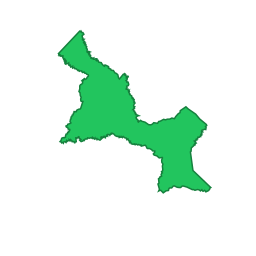 Ou Reang, Môndól Kiri, Cambodia, rotated 43°
{"feature_id": "14789045B75407950785126", "entity_name": "Ou Reang", "entity_type": "district", "adm_level": 2, "iso_a3": "KHM", "parent_name": "Cambodia", "parent_adm1": "Môndól Kiri", "projection": "mercator", "projection_center": [107.115, 12.328], "detail": "fine", "context": "isolated", "style": "filled", "palette": "green", "viewbox_px": 256, "rotation_deg": 43, "n_neighbors": 0, "source": "geoboundaries", "source_scale": "gbopen_adm2", "svg_char_len": 5814}
<svg xmlns="http://www.w3.org/2000/svg" viewBox="0 0 256 256"><g transform="rotate(43 128 128)"><path d="M87.6,184.3L88.9,183.8L89.7,184.1L90.0,183.2L91.1,183.2L90.5,182.3L91.2,180.9L92.5,180.9L91.8,179.1L92.6,179.4L92.7,178.2L93.7,177.4L92.9,176.7L93.7,176.6L93.6,175.7L94.3,175.6L94.7,176.6L95.8,175.6L96.5,176.1L97.8,174.8L98.9,175.3L99.2,175.1L98.9,174.4L99.5,173.3L96.6,170.9L97.7,170.4L97.3,169.9L98.0,169.1L97.7,168.2L98.3,167.9L99.6,169.0L100.4,168.5L101.4,168.5L101.1,169.9L103.0,169.9L103.9,168.2L103.7,167.1L104.5,167.0L104.2,165.1L105.6,164.0L105.2,162.7L106.6,162.0L107.3,160.7L108.0,160.4L108.2,159.0L108.9,159.0L108.5,159.5L109.2,159.9L109.9,159.0L110.9,159.0L110.7,157.8L111.5,158.3L112.4,156.9L113.3,157.7L114.1,156.5L115.8,156.0L116.0,154.0L115.6,154.2L114.9,153.6L115.6,153.4L115.9,152.5L115.2,152.3L116.7,151.5L115.9,150.8L116.3,150.2L117.7,150.3L117.4,150.0L117.9,149.0L117.3,147.9L118.6,147.8L117.6,146.5L118.9,145.5L119.7,145.7L119.5,144.7L120.0,143.8L119.3,143.5L119.6,142.9L120.3,143.1L120.5,142.4L121.5,142.1L123.9,142.3L125.9,141.6L126.2,140.9L126.9,140.9L127.4,140.1L128.1,140.9L128.8,139.8L128.7,138.9L129.6,139.1L130.0,138.4L130.4,138.6L130.3,137.5L132.3,137.4L133.5,136.6L134.8,137.2L134.7,136.6L135.3,136.1L135.6,136.8L136.1,136.4L137.3,136.7L138.5,136.2L138.3,137.1L138.8,137.4L139.0,136.7L139.6,137.4L140.3,136.8L141.2,137.3L142.9,136.4L143.2,135.7L144.2,135.5L144.0,135.1L144.8,135.0L144.9,134.2L146.8,133.7L147.0,132.8L148.3,132.4L148.8,131.8L149.3,132.1L149.5,131.6L150.2,132.0L152.2,128.9L153.6,128.9L155.5,129.8L156.7,129.5L157.2,128.7L158.4,128.1L160.4,127.7L161.5,128.0L163.3,126.6L164.1,127.6L164.2,129.7L165.5,130.0L168.1,128.7L171.2,128.6L173.1,126.2L173.6,126.4L174.5,128.5L176.1,130.0L178.2,130.6L179.1,132.4L181.6,134.5L182.5,135.8L182.3,137.1L183.7,137.4L183.5,138.0L184.0,139.5L185.4,140.3L184.7,142.1L185.2,142.9L184.9,144.3L188.2,147.1L188.1,148.5L192.8,151.4L193.4,153.1L193.7,152.2L194.6,151.2L198.0,151.4L198.7,148.0L200.2,146.1L199.2,144.2L199.5,143.3L200.8,142.0L200.7,139.7L201.3,138.8L204.4,137.8L206.1,136.6L207.1,135.6L207.2,133.6L207.9,132.8L211.4,131.0L217.1,129.2L217.9,128.3L219.4,127.9L220.8,125.6L222.3,124.7L223.9,124.6L224.1,122.8L225.6,123.2L226.2,122.8L226.6,121.3L228.5,121.6L229.6,118.8L229.4,116.9L228.8,115.9L229.1,115.1L204.5,114.8L189.9,102.9L190.0,102.0L187.9,99.4L188.2,95.4L187.8,95.3L187.6,94.0L188.2,94.2L187.8,93.3L188.1,92.6L187.4,92.6L187.3,93.1L187.1,92.3L185.5,92.3L186.2,91.0L185.7,90.1L186.3,89.8L185.7,89.3L186.4,88.6L185.4,87.1L186.4,86.2L186.4,85.3L187.0,84.7L186.3,84.2L186.6,83.0L185.9,83.3L185.6,83.0L185.9,81.8L184.5,80.7L185.2,79.9L183.8,79.8L183.6,79.0L184.5,77.8L184.7,76.7L185.9,76.1L184.7,74.3L183.7,74.1L183.9,72.5L182.9,72.0L174.2,72.5L168.0,71.7L159.1,73.0L155.9,73.0L154.4,79.7L155.6,81.3L155.0,83.3L155.1,87.2L155.6,89.5L153.3,90.8L152.4,93.1L150.9,94.5L149.7,96.6L148.2,97.3L146.9,101.1L146.0,102.3L146.4,104.4L143.2,106.6L143.2,108.5L142.5,110.2L140.8,111.5L136.5,112.1L133.4,113.7L132.0,113.8L131.5,116.6L130.6,116.3L130.5,115.6L129.0,115.3L128.6,115.7L126.9,115.0L126.5,114.2L126.9,112.4L127.4,111.7L125.0,112.5L124.1,112.2L124.1,112.8L122.8,112.2L123.7,111.8L122.5,111.9L121.4,111.2L120.6,111.6L119.5,110.6L119.1,111.0L119.1,110.0L118.7,109.6L119.2,109.1L118.5,108.6L118.4,107.9L117.7,108.3L117.0,108.0L116.1,106.3L116.1,105.0L114.8,105.1L114.9,104.5L113.8,104.3L113.3,103.1L112.5,103.0L112.3,103.5L111.5,102.7L110.7,103.3L110.4,102.7L109.6,102.7L108.8,102.0L106.4,102.4L106.3,101.8L104.5,101.5L104.1,100.3L103.5,100.4L103.3,100.0L103.2,100.7L101.5,99.6L100.3,100.8L99.7,100.1L99.7,99.1L98.5,98.3L99.3,96.7L98.8,95.6L96.8,94.4L95.8,95.2L95.3,94.6L94.2,94.7L94.3,93.3L93.0,91.4L93.3,90.4L92.8,90.1L92.1,90.6L92.2,92.0L91.3,91.1L89.8,91.5L88.8,90.8L89.1,90.5L88.5,90.5L88.6,91.5L87.9,91.8L88.3,98.0L87.1,97.9L84.2,96.0L82.4,96.0L80.8,96.6L78.1,95.9L76.4,97.2L75.2,96.7L73.0,97.6L72.5,97.4L72.4,96.6L71.7,96.4L68.7,97.3L68.1,97.9L68.7,98.8L67.6,99.1L64.8,98.8L63.9,98.4L61.7,99.8L60.0,99.0L59.5,100.1L58.7,100.3L58.5,98.8L58.1,98.6L57.2,99.3L56.7,100.5L56.0,101.1L55.2,100.1L54.6,101.7L53.7,101.3L53.2,102.1L52.6,101.5L51.3,101.4L51.1,100.5L50.7,100.7L49.5,100.0L49.8,100.8L49.5,101.1L48.3,100.3L47.8,99.3L48.3,98.3L47.0,98.8L46.8,100.3L46.1,100.3L44.4,98.1L42.9,98.0L42.4,96.7L41.2,96.7L40.3,95.7L39.6,96.5L38.8,95.0L38.1,95.9L37.3,95.8L37.3,94.4L35.1,94.5L35.3,93.1L34.0,93.9L33.6,93.0L32.4,92.6L31.4,91.5L31.9,89.7L31.2,89.3L29.9,89.0L29.2,89.7L27.6,89.2L27.8,89.9L26.6,90.1L26.4,120.9L26.9,120.8L27.5,121.8L27.9,121.3L28.4,121.8L28.6,120.8L29.5,120.8L29.3,121.3L29.7,121.4L30.9,119.9L31.1,120.3L31.5,119.9L32.1,120.8L33.8,121.5L33.7,121.0L34.4,120.7L34.7,121.6L35.3,121.1L35.7,122.1L36.6,121.0L37.4,121.4L37.3,122.1L37.8,122.5L37.0,123.0L37.9,123.8L38.5,123.9L39.1,123.7L38.6,122.7L39.9,122.2L40.2,120.8L41.9,122.4L42.7,122.2L42.8,121.5L44.5,122.5L45.3,120.7L45.8,121.5L46.7,121.9L47.2,120.4L48.9,120.9L49.7,120.0L52.3,120.1L52.5,119.3L53.7,119.7L54.0,118.9L55.3,117.9L56.1,118.4L57.1,118.3L57.6,117.0L59.0,117.4L59.9,116.7L61.3,116.8L62.6,116.2L63.1,116.5L63.7,117.2L63.5,118.6L64.0,120.2L63.5,121.7L62.4,121.6L62.3,122.5L62.8,123.5L62.2,123.8L62.6,124.1L62.1,124.9L63.2,125.1L64.2,126.2L64.2,128.0L63.7,128.6L64.0,130.1L66.0,132.2L67.3,134.8L68.8,134.9L71.0,136.8L72.9,137.6L73.6,139.1L74.9,140.2L75.5,140.4L76.9,139.4L80.0,145.9L80.0,146.8L79.0,148.1L78.4,150.0L79.0,151.3L77.4,152.8L78.1,153.4L78.0,154.5L78.9,155.7L78.4,156.6L79.1,157.9L78.9,158.9L80.1,160.0L79.9,160.7L81.3,162.9L82.6,163.1L82.9,163.6L81.4,166.4L81.9,167.5L81.3,168.9L82.2,169.3L84.0,168.9L85.0,169.6L86.4,168.8L87.0,169.5L87.2,170.7L86.7,171.0L87.4,171.7L86.9,172.5L87.6,173.6L86.9,174.7L87.8,176.7L88.5,177.3L88.0,178.8L87.2,179.1L86.5,180.7L87.5,182.7L87.6,184.3Z" fill="#22c55e" stroke="#15803d" stroke-width="1.5"/></g></svg>